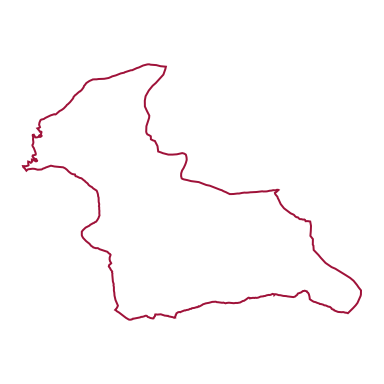 the district of Kaolack, Kaolack, Senegal
{"feature_id": "50182788B15645681951695", "entity_name": "Kaolack", "entity_type": "district", "adm_level": 2, "iso_a3": "SEN", "parent_name": "Senegal", "parent_adm1": "Kaolack", "projection": "albers", "projection_center": [-16.083, 14.112], "detail": "fine", "context": "isolated", "style": "outline", "palette": "rose", "viewbox_px": 384, "rotation_deg": 0, "n_neighbors": 0, "source": "geoboundaries", "source_scale": "gbopen_adm2", "svg_char_len": 5908}
<svg xmlns="http://www.w3.org/2000/svg" viewBox="0 0 384 384"><path d="M278.5,190.0L278.1,189.8L276.9,189.8L275.6,190.3L273.1,190.2L271.5,190.6L269.9,190.7L266.8,191.4L263.5,191.5L262.2,191.3L256.5,192.0L250.4,192.3L248.0,192.6L246.1,192.7L244.4,192.6L242.2,192.9L239.3,193.5L237.6,193.5L233.5,194.0L229.8,194.1L227.3,192.9L226.2,192.3L223.3,191.1L222.0,190.3L219.8,189.6L209.8,185.7L206.3,185.0L198.8,182.1L191.1,181.1L187.3,180.1L183.9,179.4L182.5,178.9L181.7,178.4L181.1,176.1L181.2,173.3L182.1,170.5L183.6,168.1L185.2,164.7L186.0,162.5L186.7,159.9L186.6,157.9L186.3,156.2L185.8,154.6L184.2,153.6L182.2,153.1L176.9,154.3L172.4,154.6L168.4,154.6L162.6,153.1L161.5,152.6L158.2,151.5L157.5,146.1L154.9,141.0L153.0,140.4L150.9,139.3L150.8,136.3L149.3,135.3L147.4,134.4L146.6,133.2L146.2,131.8L146.4,126.2L149.1,117.9L149.3,115.6L146.9,110.9L144.9,106.5L144.8,100.7L145.6,96.2L148.8,90.5L152.6,85.8L155.8,83.0L163.4,74.6L165.3,69.2L165.9,66.7L160.5,66.2L156.3,65.1L150.7,64.7L149.1,64.3L147.4,64.4L143.1,65.5L138.8,67.5L136.8,68.1L132.2,70.2L130.8,70.3L124.9,72.2L124.1,72.7L120.8,73.4L115.8,75.4L112.1,76.4L111.2,76.9L108.6,78.0L104.2,78.8L98.8,79.0L96.6,79.3L93.0,79.4L89.4,81.0L86.7,82.8L85.8,83.6L85.5,84.3L84.0,86.0L83.6,87.3L81.8,89.8L80.1,91.4L79.7,91.4L78.1,92.7L75.9,94.7L75.1,95.2L73.5,97.1L73.3,97.9L72.7,98.9L70.0,102.2L67.8,104.3L66.9,104.9L66.3,105.8L63.7,108.5L61.6,110.0L59.5,111.1L56.0,114.2L55.1,114.5L54.3,114.2L50.6,115.4L45.4,117.9L43.8,119.0L41.3,119.6L40.5,120.2L39.5,122.5L39.1,124.8L40.0,127.2L39.1,127.9L37.4,128.4L39.5,130.9L39.8,131.7L41.1,131.7L41.5,132.1L41.1,133.2L41.2,133.5L40.7,134.7L41.6,135.7L41.5,136.2L40.4,136.9L39.9,136.9L40.0,136.1L39.7,135.2L39.2,135.5L38.6,136.6L38.1,137.0L36.9,137.4L36.0,137.4L35.4,137.4L33.8,134.7L32.8,134.9L32.7,135.5L33.2,137.6L33.0,139.2L33.4,142.3L33.1,143.9L32.4,145.1L32.5,145.7L32.9,146.7L33.7,147.8L35.4,152.2L35.8,153.9L35.7,154.6L34.8,155.0L32.8,155.4L32.5,156.3L33.3,157.6L34.4,158.5L34.9,159.3L35.9,159.0L36.2,159.1L36.3,159.8L37.1,160.5L37.0,161.0L36.0,161.4L34.8,160.7L34.3,160.7L33.3,159.7L31.9,159.5L32.0,161.6L31.4,162.5L30.7,162.8L29.6,162.0L28.2,161.6L28.2,163.4L28.6,165.1L28.1,165.6L26.0,166.2L23.0,166.1L23.4,167.3L24.6,168.2L26.4,170.7L27.3,169.8L28.1,169.3L32.7,168.7L34.8,168.9L37.6,169.7L41.3,169.5L42.2,169.2L43.2,168.5L44.7,168.1L45.5,167.6L50.9,165.7L54.6,166.5L63.1,167.3L65.1,168.3L66.9,169.7L68.7,171.6L71.0,173.4L72.5,174.1L75.0,174.5L75.3,175.7L75.6,176.2L76.7,176.4L79.7,177.9L80.9,178.1L81.9,178.6L83.8,180.3L84.6,180.7L85.3,181.6L87.8,183.6L88.2,184.4L88.8,185.1L90.5,186.4L91.7,186.9L93.2,188.4L96.6,190.6L97.1,191.7L97.6,193.2L97.9,194.2L98.2,196.5L98.6,197.6L98.7,202.0L99.1,203.4L99.2,204.8L98.9,206.2L99.2,207.0L99.2,209.3L99.4,210.9L99.3,213.1L99.5,215.6L98.9,216.7L98.7,217.6L97.6,219.6L96.2,221.6L95.3,222.1L94.6,222.3L93.9,223.0L92.6,223.4L91.6,224.1L90.3,224.7L89.5,225.6L85.6,227.6L82.8,230.3L81.8,231.7L81.8,235.2L82.2,236.3L83.1,237.9L84.5,239.4L86.2,241.2L89.5,243.8L91.1,245.8L92.8,246.9L93.2,247.4L95.9,248.2L97.2,248.1L98.2,248.3L99.5,249.2L107.4,251.8L108.8,253.3L110.1,254.1L110.6,254.9L109.7,257.5L109.6,259.3L110.0,261.1L111.2,263.2L110.3,264.2L109.4,264.7L109.0,265.5L108.8,266.5L110.2,268.4L110.7,269.6L112.2,271.5L112.0,272.4L112.4,273.4L112.3,274.7L112.9,281.5L113.7,284.1L113.5,285.3L113.9,287.1L113.9,290.6L114.3,292.6L114.5,295.6L115.5,300.0L117.9,305.6L117.6,306.5L116.6,308.3L115.2,309.9L116.2,310.5L116.3,310.7L116.8,311.2L119.0,312.5L125.9,317.8L128.4,319.3L129.2,319.7L130.9,319.7L132.0,319.2L132.5,319.2L133.1,318.6L133.5,318.7L139.6,317.5L140.6,317.2L141.1,316.9L142.0,316.9L144.0,316.4L144.8,316.0L145.9,315.7L146.8,315.9L147.9,317.0L149.0,317.3L150.4,318.0L153.0,318.5L153.6,318.3L153.8,317.4L154.9,316.3L155.0,315.3L155.3,314.5L155.7,314.6L156.1,314.4L157.0,314.6L160.8,314.3L165.1,315.7L166.2,315.7L167.3,316.0L167.9,315.8L168.9,316.4L172.9,317.2L174.2,317.8L175.2,317.6L175.0,316.8L175.3,316.2L175.7,315.7L175.7,315.0L176.1,314.6L176.4,313.4L178.2,312.2L179.9,312.0L180.3,312.2L181.2,311.7L184.5,310.4L185.1,310.5L186.5,310.0L188.5,309.7L190.0,308.9L191.3,308.8L192.0,308.2L194.4,307.9L195.8,307.4L196.5,307.3L196.8,307.1L197.4,307.2L198.1,306.9L198.5,306.3L199.3,306.5L201.9,305.1L202.8,304.4L205.7,303.4L209.0,302.8L212.2,301.9L215.8,301.7L217.0,302.2L217.9,302.2L222.2,302.8L223.3,302.6L225.6,303.3L226.5,303.0L228.8,302.7L233.8,303.2L235.9,302.9L237.2,303.0L240.1,302.5L242.8,301.0L244.0,300.8L245.7,299.7L248.0,298.0L248.5,297.7L250.1,298.0L250.1,298.3L253.1,297.8L254.3,298.0L255.2,297.7L256.1,297.9L257.9,297.7L259.3,297.2L260.5,296.6L263.4,296.3L263.7,296.1L265.0,296.0L266.7,295.3L268.8,294.9L269.4,295.0L270.7,294.8L272.5,293.9L274.2,294.3L274.3,295.0L275.1,294.2L276.6,294.4L278.6,295.1L280.3,295.2L283.3,295.9L286.2,296.1L287.6,296.4L293.4,297.1L295.2,296.5L296.1,295.6L297.2,294.8L297.8,293.6L301.1,292.4L303.0,291.0L303.8,291.0L304.7,290.7L306.9,291.4L307.1,292.1L308.1,292.8L308.9,294.3L309.5,296.7L309.8,299.2L311.5,300.4L313.6,301.7L315.8,302.2L316.5,302.6L319.4,303.6L319.8,303.8L319.9,304.0L321.2,304.1L323.3,304.7L324.2,305.3L325.9,305.5L328.2,306.6L329.9,306.9L331.4,308.1L331.7,308.9L332.9,309.5L333.3,309.5L333.8,309.7L334.2,310.4L338.0,311.9L341.4,312.2L343.5,312.1L345.0,312.6L346.7,312.8L347.9,313.2L353.1,308.1L355.7,305.3L357.5,302.9L360.6,295.9L360.9,294.6L361.0,290.4L358.7,287.5L357.0,285.0L353.6,280.8L350.1,277.9L346.0,275.3L335.3,268.7L331.6,267.1L325.5,262.9L320.8,257.8L318.5,255.0L313.7,250.0L313.4,245.6L312.8,244.7L312.9,239.1L310.4,235.9L310.8,231.0L311.0,225.9L310.2,221.5L307.7,221.1L305.6,221.2L305.1,220.0L304.3,219.5L303.1,219.6L301.1,219.1L299.9,219.1L299.3,218.8L297.8,217.3L296.5,217.2L295.4,216.5L294.9,216.0L294.2,215.1L293.5,214.6L290.6,213.3L284.0,208.3L280.7,204.1L278.6,199.5L277.9,198.3L277.4,196.7L275.5,194.5L275.1,193.7L274.9,192.9L276.2,192.1L278.5,190.0Z" fill="none" stroke="#9f1239" stroke-width="2"/></svg>